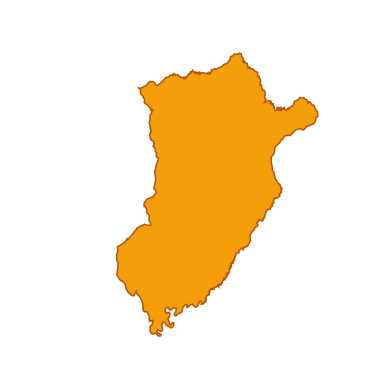 Santander De Quilichao, Cauca, Colombia (Equal Earth projection), rotated 202°
{"feature_id": "7082276B54402931041417", "entity_name": "Santander De Quilichao", "entity_type": "district", "adm_level": 2, "iso_a3": "COL", "parent_name": "Colombia", "parent_adm1": "Cauca", "projection": "equal_earth", "projection_center": [-76.497, 2.997], "detail": "fine", "context": "isolated", "style": "filled", "palette": "amber", "viewbox_px": 384, "rotation_deg": 202, "n_neighbors": 0, "source": "geoboundaries", "source_scale": "gbopen_adm2", "svg_char_len": 6066}
<svg xmlns="http://www.w3.org/2000/svg" viewBox="0 0 384 384"><g transform="rotate(202 192 192)"><path d="M103.6,309.3L105.9,313.5L108.5,314.8L111.4,318.0L113.2,317.9L116.4,319.8L117.7,318.0L118.0,319.2L118.9,319.2L120.0,320.5L122.0,320.4L123.5,321.4L124.7,320.2L127.4,320.1L128.1,317.0L130.8,314.6L130.8,310.2L131.5,308.9L132.1,308.8L132.4,307.3L133.9,306.1L133.8,304.8L134.6,304.9L135.1,303.1L135.9,303.6L137.1,303.2L138.0,304.7L138.3,303.4L139.1,303.6L139.6,301.7L140.3,302.8L140.3,300.0L141.6,302.6L141.8,300.7L142.4,300.4L142.6,302.5L143.4,302.9L144.8,301.9L143.9,300.5L144.9,298.7L145.5,298.6L147.0,300.6L148.0,301.0L147.9,301.8L148.8,302.4L149.3,303.9L150.1,303.1L150.5,304.2L151.5,303.3L152.8,303.4L152.1,304.6L153.0,306.0L155.5,305.4L156.0,304.1L158.4,302.1L157.9,305.6L160.1,306.5L161.0,310.9L162.7,313.1L164.8,312.8L165.1,314.0L166.6,315.0L167.5,317.0L168.8,316.5L170.4,321.6L172.2,322.7L173.2,324.3L173.8,323.6L175.3,325.4L175.6,327.1L177.1,327.8L178.5,327.3L180.3,328.4L181.7,328.3L181.8,329.0L184.1,328.1L185.3,329.3L185.7,328.2L186.7,328.0L186.7,329.0L187.9,330.1L188.6,331.6L191.0,332.0L191.8,331.5L192.2,332.5L192.9,331.8L193.1,333.1L194.0,332.9L194.4,334.8L196.5,336.0L198.1,338.5L200.0,338.5L200.2,337.5L201.2,337.4L201.6,336.6L204.6,335.7L204.9,333.8L206.7,332.2L206.8,330.2L206.2,329.2L207.8,324.3L210.5,322.0L211.0,319.9L212.7,317.9L213.4,317.8L215.4,314.8L217.3,315.0L218.6,312.3L219.8,312.6L218.9,310.8L219.4,310.3L219.3,308.8L220.2,309.4L220.2,308.0L221.2,307.7L221.7,308.5L222.1,307.4L222.8,307.8L223.9,307.0L226.4,306.8L228.0,305.9L228.3,304.8L229.1,305.5L229.1,304.6L229.8,305.6L230.1,304.7L230.7,305.4L231.6,304.6L231.6,303.5L232.4,304.4L233.4,303.5L233.5,304.6L234.9,303.3L234.6,304.1L236.2,304.2L236.9,305.0L237.1,303.5L238.5,303.1L238.5,302.6L237.6,302.6L237.7,301.3L239.4,300.4L239.5,298.0L240.6,296.4L240.5,295.2L241.5,295.8L241.8,293.7L243.1,295.1L245.6,293.8L246.5,294.9L248.5,294.6L249.2,295.6L250.8,294.2L252.3,295.0L253.2,293.3L253.8,294.2L254.1,292.6L256.0,292.4L256.0,291.2L257.7,289.1L259.3,288.2L260.4,284.5L263.9,277.6L265.6,277.7L268.1,279.6L269.8,279.8L271.0,278.9L272.2,279.0L273.6,276.7L274.0,273.5L275.9,272.1L278.1,269.2L280.4,268.4L278.2,267.4L276.5,263.9L273.0,262.2L272.2,260.9L271.6,261.1L270.6,260.0L269.9,257.4L268.7,256.3L265.8,256.3L264.6,255.1L259.8,253.4L261.4,253.1L261.2,252.4L259.5,252.6L259.1,250.0L259.6,248.4L259.5,246.9L258.2,243.7L257.4,239.7L254.3,235.8L254.4,234.9L253.2,234.1L252.6,231.7L252.8,229.1L250.7,226.1L249.9,226.0L249.8,225.3L248.2,224.6L246.3,224.6L246.2,223.7L245.2,222.8L245.2,220.0L242.0,218.1L241.3,216.0L239.7,215.0L238.2,211.3L235.6,210.6L235.1,204.1L235.3,202.0L234.1,198.9L234.5,197.4L230.2,190.0L228.7,180.8L227.9,180.8L225.0,178.8L224.9,178.0L226.8,171.9L227.6,172.0L231.3,168.1L232.1,164.4L231.6,161.7L230.9,160.7L230.7,161.2L229.7,161.0L227.5,158.8L226.3,156.1L223.0,154.5L221.5,150.1L218.3,147.0L217.8,145.8L220.8,144.5L223.9,144.3L229.1,138.6L233.1,125.0L233.9,123.6L234.7,124.3L234.8,122.7L235.7,120.7L235.3,120.4L240.6,113.1L238.5,109.2L238.4,105.6L236.4,100.9L234.0,98.5L233.1,96.5L230.6,86.9L225.2,83.2L223.7,83.4L219.4,81.5L217.6,78.5L213.4,74.8L211.1,74.5L210.3,73.8L207.3,73.7L206.4,79.1L205.3,77.4L200.9,75.0L196.5,71.2L194.2,66.6L194.0,65.3L193.0,64.8L192.7,63.6L191.0,63.2L189.2,64.1L188.2,63.6L187.6,62.5L185.0,61.0L183.6,56.7L182.3,57.3L182.0,56.5L180.3,58.4L179.5,57.7L179.5,54.1L179.7,52.9L180.3,52.6L180.3,51.4L178.5,47.0L177.3,45.8L175.4,45.5L172.2,47.5L169.4,45.8L167.1,46.9L167.4,48.6L170.0,48.4L171.9,49.2L172.5,50.1L172.1,51.5L169.2,51.0L167.7,52.1L167.9,53.9L170.2,57.1L170.2,59.9L169.4,61.2L168.2,60.9L166.6,59.1L161.9,58.2L160.3,58.2L159.2,59.8L159.4,62.8L160.1,64.0L161.0,63.5L162.1,61.1L163.3,60.7L164.6,63.1L166.7,64.9L166.3,68.2L166.8,71.1L168.2,71.9L170.1,70.1L171.3,70.3L173.0,72.7L172.8,74.2L171.2,76.2L168.6,74.5L167.5,74.4L166.4,77.3L163.2,78.6L162.3,76.0L162.7,72.0L161.6,70.9L160.5,71.1L159.2,74.3L157.6,75.2L156.7,76.8L156.5,78.3L157.3,81.4L156.4,84.2L155.5,85.4L154.3,85.5L153.8,83.4L152.9,83.1L151.2,86.9L149.7,88.1L146.1,86.4L145.0,86.9L143.9,89.5L144.0,92.7L143.2,94.1L141.8,93.5L141.4,91.4L139.6,92.6L139.4,94.1L138.0,95.8L138.3,96.5L139.3,96.5L139.4,97.5L138.8,98.0L139.5,98.5L139.5,101.5L138.6,102.0L137.5,103.4L138.2,104.1L137.9,105.2L139.0,106.0L138.3,106.7L138.7,107.3L138.1,108.2L138.4,109.1L137.6,109.7L137.0,109.3L136.4,110.6L135.9,109.7L135.2,110.2L135.9,110.5L134.8,112.7L133.8,113.2L133.2,114.4L132.1,114.1L133.0,115.0L131.9,114.9L131.7,115.7L132.6,115.8L132.2,116.7L131.5,116.0L131.2,116.7L129.7,116.6L130.5,117.0L130.1,117.9L130.8,119.3L130.0,119.5L130.6,120.5L129.7,122.1L130.1,122.9L130.0,123.9L128.7,123.3L129.1,124.4L128.7,125.4L128.2,125.3L128.0,126.3L128.2,126.9L129.0,126.3L128.2,127.7L129.2,128.1L129.3,129.3L128.1,129.1L127.5,129.8L128.2,130.2L127.5,130.8L128.0,134.8L128.7,134.9L127.9,135.8L128.3,136.5L127.8,136.4L127.6,138.0L128.9,138.0L128.1,139.3L128.9,140.0L128.0,140.9L128.4,141.6L127.4,141.6L128.2,142.5L127.5,143.0L128.0,144.6L127.1,145.2L127.8,145.6L128.0,147.0L127.5,148.2L128.0,148.4L127.9,152.0L125.7,153.1L126.4,155.2L125.9,156.6L124.8,157.7L124.6,158.8L122.9,157.8L122.9,160.0L122.2,161.1L120.8,161.6L120.0,164.2L119.6,168.8L122.0,173.5L121.5,177.1L120.1,181.0L120.4,181.8L120.0,183.6L119.0,183.9L118.5,185.3L119.0,186.4L119.7,186.6L119.8,187.6L120.4,187.8L119.3,189.2L119.9,191.3L118.6,191.1L117.9,191.9L116.1,191.2L115.7,191.6L115.6,193.0L116.3,194.3L115.2,195.0L116.0,198.9L115.5,203.0L115.0,204.4L112.9,205.5L113.4,207.5L112.0,209.4L113.2,210.8L112.4,212.1L112.3,213.6L113.2,214.0L113.2,217.4L110.7,218.3L109.7,220.4L109.0,220.8L109.9,222.0L109.0,225.7L110.2,226.6L109.8,228.1L110.1,229.1L111.0,228.7L112.4,231.3L116.1,232.9L120.1,235.9L123.6,241.0L125.9,242.4L126.7,244.9L128.8,247.8L131.2,252.6L131.4,254.2L130.3,259.1L131.5,263.0L131.7,265.2L129.2,270.5L128.8,273.4L127.7,274.6L127.2,278.5L124.3,280.5L122.2,281.0L119.2,288.3L116.0,291.1L112.1,291.1L111.2,292.4L110.3,295.6L104.7,301.0L104.1,304.1L104.9,307.1L103.6,309.3Z" fill="#f59e0b" stroke="#b45309" stroke-width="1.5"/></g></svg>